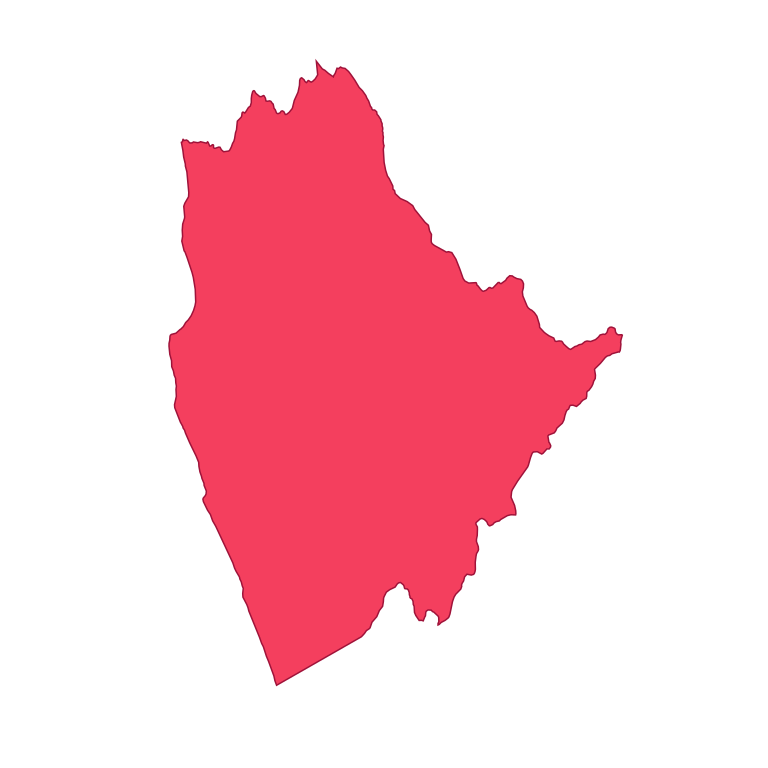 outline of Pacasmayo, La Libertad, Peru, rotated 7°
{"feature_id": "86281439B1064179091614", "entity_name": "Pacasmayo", "entity_type": "district", "adm_level": 2, "iso_a3": "PER", "parent_name": "Peru", "parent_adm1": "La Libertad", "projection": "equal_earth", "projection_center": [-79.413, -7.429], "detail": "fine", "context": "isolated", "style": "filled", "palette": "rose", "viewbox_px": 768, "rotation_deg": 7, "n_neighbors": 0, "source": "geoboundaries", "source_scale": "gbopen_adm2", "svg_char_len": 6136}
<svg xmlns="http://www.w3.org/2000/svg" viewBox="0 0 768 768"><g transform="rotate(7 384 384)"><path d="M613.7,323.6L614.3,322.1L614.4,320.3L614.3,315.6L613.8,313.8L613.8,311.5L614.6,306.5L614.0,306.1L610.6,306.7L608.7,305.8L607.5,304.2L606.6,301.1L605.8,300.5L603.1,299.8L601.4,300.1L599.8,301.7L599.0,305.7L598.1,307.0L597.3,307.8L595.4,307.8L592.5,309.0L591.1,311.3L588.5,314.2L584.0,316.6L580.3,316.6L578.4,317.4L575.4,320.4L572.9,321.2L570.6,322.9L569.0,323.5L565.1,326.9L563.3,326.5L560.3,324.5L557.4,322.4L556.0,320.6L555.1,319.9L552.6,319.9L549.6,320.8L548.5,320.5L546.9,317.7L542.0,316.1L538.7,314.4L536.7,313.2L531.6,308.9L531.0,306.0L527.5,298.1L524.5,294.8L521.5,292.7L520.1,292.3L517.9,290.9L516.6,289.4L511.1,279.7L510.1,275.6L510.6,271.6L510.3,267.6L508.9,265.0L507.0,263.5L503.0,263.2L499.7,262.0L498.2,261.1L495.6,261.2L493.2,263.9L492.1,266.3L488.0,270.1L487.1,270.1L486.0,269.2L484.9,269.4L480.4,275.4L479.0,275.9L477.5,275.3L476.5,275.5L474.0,278.5L471.3,279.9L470.3,279.7L468.3,278.2L465.4,275.2L464.4,274.7L463.3,272.4L462.8,272.2L455.8,273.5L451.7,271.9L449.7,269.7L445.4,261.0L440.2,251.4L435.3,245.3L431.9,244.8L429.9,245.5L417.2,240.4L414.7,238.9L413.7,237.5L413.3,235.5L412.9,229.8L410.6,226.5L408.7,221.0L405.1,218.6L393.3,207.1L390.8,203.5L384.7,200.1L377.6,197.9L371.9,193.7L370.9,190.7L369.2,189.6L368.6,186.4L364.2,179.6L362.1,177.2L359.6,171.7L357.1,164.0L354.7,151.1L355.0,147.4L354.3,146.1L353.4,142.3L353.3,138.9L352.6,136.9L352.3,134.4L351.6,133.3L351.7,131.1L351.4,129.6L350.7,128.0L350.4,125.8L349.0,123.4L348.7,122.1L345.6,118.3L344.3,117.3L343.5,114.7L341.4,113.2L339.5,113.4L338.6,112.8L337.9,111.0L336.8,110.2L334.2,104.9L332.2,102.4L330.8,99.9L326.9,95.6L323.2,92.7L317.9,85.9L313.7,81.2L310.7,78.1L306.9,75.5L304.1,75.4L302.2,74.7L300.4,76.5L298.9,76.3L297.7,81.6L296.5,84.0L296.3,85.3L291.0,82.5L287.0,79.8L284.4,78.8L277.5,71.9L280.5,85.2L278.6,89.5L276.5,92.1L275.1,93.2L274.3,93.1L272.2,92.0L271.7,92.1L270.4,94.3L269.9,94.2L268.6,93.3L267.6,91.8L265.0,90.1L263.8,90.9L263.3,92.8L263.7,97.9L263.1,104.9L260.4,113.5L259.5,121.0L259.2,122.0L256.8,125.9L254.5,128.2L253.2,128.5L251.3,125.8L249.7,125.3L248.7,125.8L247.6,127.7L245.8,128.6L245.0,128.5L244.3,128.1L242.6,125.0L241.3,123.8L239.9,119.7L238.7,118.8L237.4,117.3L236.1,116.9L233.6,117.6L232.3,117.4L231.5,114.8L229.9,112.6L229.2,112.4L227.2,113.7L225.7,113.9L221.5,111.2L219.7,108.9L219.1,108.7L218.5,109.0L218.0,109.9L217.5,113.5L217.5,116.8L218.0,120.9L217.4,124.6L215.8,126.0L213.2,131.6L212.7,132.0L211.6,131.4L210.6,131.4L210.1,132.2L210.1,135.4L209.7,136.7L206.4,141.0L206.6,149.7L206.0,152.7L205.8,158.6L205.4,161.3L204.4,163.6L203.6,167.3L202.4,170.6L201.5,171.7L196.5,173.0L194.1,171.4L192.4,169.0L191.1,169.0L187.6,170.7L186.6,170.6L185.9,169.8L185.8,168.2L185.5,167.5L184.5,167.4L183.1,168.9L182.0,169.0L179.9,165.5L179.3,165.2L178.4,166.6L172.4,165.9L171.2,166.7L169.5,167.2L165.3,167.0L164.3,168.0L162.3,168.4L161.6,168.3L159.8,166.6L158.3,165.9L156.0,166.6L154.8,165.7L154.5,166.3L154.5,168.0L153.4,168.8L155.9,176.6L157.5,183.1L160.0,189.9L160.3,191.9L162.5,197.4L166.9,217.8L167.2,222.0L164.3,228.8L163.6,232.0L165.8,242.4L165.8,243.9L164.7,249.8L165.0,255.9L166.1,262.0L165.9,266.8L169.4,276.2L170.4,277.2L173.2,282.6L179.8,296.5L181.7,301.3L185.1,313.0L187.1,325.5L186.9,329.2L186.0,334.3L184.3,339.7L181.9,344.3L179.7,347.1L177.9,351.4L175.6,354.3L174.9,354.8L171.4,358.9L166.9,360.7L166.0,361.7L165.8,362.9L166.0,366.6L165.7,369.8L166.0,372.7L167.8,380.7L170.3,386.8L171.2,392.7L173.4,396.7L174.7,400.8L176.4,403.7L177.2,408.2L178.2,411.4L178.2,414.8L179.4,421.6L178.6,430.1L179.2,433.0L186.5,446.6L189.4,450.6L190.0,452.2L191.6,454.0L193.0,457.0L198.3,466.0L206.2,478.2L209.6,484.3L210.4,488.5L212.0,493.6L214.1,497.9L214.8,499.9L217.4,504.5L217.8,506.6L220.7,511.9L220.8,515.0L220.2,516.6L218.5,519.3L218.3,520.4L219.1,522.8L224.2,530.7L227.6,534.7L230.6,540.7L234.4,545.8L255.8,580.0L258.1,584.9L260.0,587.9L264.0,593.1L264.8,595.3L266.4,597.7L267.9,601.6L269.2,604.0L269.3,609.3L270.0,612.8L274.7,619.6L276.3,622.6L277.5,625.8L291.3,650.6L294.2,656.4L296.3,659.5L300.5,668.6L303.3,673.5L310.3,687.2L311.9,691.8L314.1,696.1L392.4,637.6L395.0,634.0L396.6,630.9L399.3,628.6L399.9,627.6L401.1,621.9L405.2,615.8L407.0,609.4L409.7,604.9L409.9,600.2L409.7,596.6L410.0,595.1L411.7,590.3L414.8,587.4L419.8,584.2L421.4,581.0L422.7,579.6L424.6,579.0L427.5,580.8L428.4,581.9L429.3,584.2L429.7,584.6L432.1,584.6L433.3,585.6L434.5,588.0L434.9,590.2L435.7,591.7L435.8,592.7L436.5,593.4L437.8,593.8L439.3,596.1L439.9,599.2L441.0,601.0L442.1,607.0L443.8,609.9L447.7,614.4L450.0,614.0L451.8,614.3L452.9,610.1L453.4,609.1L453.3,605.5L453.7,604.2L455.3,602.9L458.4,602.7L459.9,604.0L461.2,604.3L465.9,607.7L466.7,608.9L467.4,613.1L466.8,615.2L467.0,616.6L468.1,615.9L469.8,613.7L473.4,611.2L476.1,608.5L476.8,607.4L477.5,604.2L478.5,591.7L479.5,587.0L480.8,584.0L485.2,578.2L485.8,575.5L485.5,574.2L485.7,572.6L487.0,569.8L487.5,565.6L489.5,562.7L493.9,563.0L496.0,562.1L496.7,561.2L497.2,559.1L497.3,556.8L496.3,549.8L496.3,543.8L496.5,541.1L497.8,538.0L498.0,536.8L497.4,533.9L495.0,529.2L494.7,526.9L495.0,523.0L494.5,517.2L494.1,514.5L492.6,512.4L492.2,511.3L492.3,510.3L495.8,506.3L497.6,505.5L500.0,506.2L501.9,507.5L503.1,508.6L504.1,510.5L505.8,511.9L506.5,511.8L509.0,510.3L510.3,508.3L512.0,507.0L515.2,505.8L516.3,504.3L522.5,499.6L525.9,498.3L530.6,497.9L530.7,496.7L530.2,493.8L528.4,488.6L523.9,480.9L523.8,475.3L524.3,473.2L528.5,464.0L536.7,448.8L537.2,447.0L538.4,439.2L539.5,434.7L540.5,433.3L544.4,432.5L549.1,434.3L550.3,433.4L553.6,428.6L555.9,428.3L557.0,426.2L557.0,424.9L555.5,422.4L554.8,421.8L553.0,415.7L553.6,414.6L559.0,411.7L560.2,409.5L561.0,406.7L565.8,401.1L567.0,397.7L567.4,393.3L568.2,389.2L569.0,387.4L570.3,386.4L571.0,383.5L571.5,382.5L574.1,382.0L577.8,382.8L581.1,379.3L581.9,377.7L583.5,375.7L586.4,373.7L586.7,371.4L586.3,367.7L586.7,366.5L588.2,365.2L590.4,361.3L591.3,358.7L591.8,355.6L593.0,352.8L592.8,349.4L591.2,344.0L591.5,343.1L596.3,337.1L600.5,330.6L602.4,328.8L604.6,328.1L606.6,326.2L612.8,323.6L613.7,323.6Z" fill="#f43f5e" stroke="#9f1239" stroke-width="1.5"/></g></svg>